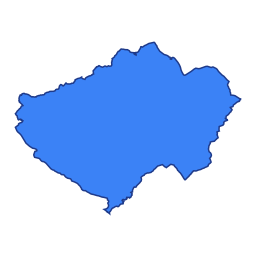 Moldovita, Suceava, Romania
{"feature_id": "2599482B16350059024550", "entity_name": "Moldovita", "entity_type": "district", "adm_level": 2, "iso_a3": "ROU", "parent_name": "Romania", "parent_adm1": "Suceava", "projection": "equal_earth", "projection_center": [25.472, 47.724], "detail": "fine", "context": "isolated", "style": "filled", "palette": "blue", "viewbox_px": 256, "rotation_deg": 0, "n_neighbors": 0, "source": "geoboundaries", "source_scale": "gbopen_adm2", "svg_char_len": 5755}
<svg xmlns="http://www.w3.org/2000/svg" viewBox="0 0 256 256"><path d="M109.6,213.7L109.4,212.4L109.6,212.0L110.3,211.4L112.0,208.6L112.5,208.1L113.3,207.9L115.3,206.6L116.9,206.2L117.9,206.7L118.5,206.5L119.6,205.4L120.0,204.6L120.7,204.1L122.9,203.8L122.8,203.2L123.2,203.3L123.3,202.4L123.2,202.0L123.9,201.5L123.9,201.2L122.7,201.1L122.1,200.6L122.4,199.9L123.1,199.4L124.2,199.7L125.3,199.8L125.9,199.4L126.3,199.4L126.6,199.2L126.9,198.6L126.4,198.3L126.8,197.3L128.4,197.5L129.0,197.3L129.7,198.0L130.1,197.5L130.8,197.2L131.5,195.6L132.1,195.0L131.8,194.4L132.1,193.7L131.5,192.8L130.9,192.4L131.2,192.1L132.5,191.9L132.6,189.7L133.3,188.7L133.5,187.9L133.8,187.5L134.3,187.0L134.6,187.2L135.7,187.1L136.2,186.9L136.4,186.7L136.5,185.9L139.9,182.6L140.4,181.8L141.2,181.0L141.5,179.2L141.0,177.4L141.3,177.0L142.6,175.9L144.2,175.2L144.4,174.6L145.2,173.9L147.6,172.9L148.4,173.0L151.0,172.4L152.0,171.5L152.7,171.2L153.1,170.8L154.0,169.4L155.0,168.8L157.6,166.1L162.4,164.6L164.8,166.8L166.1,167.3L166.3,167.6L170.8,164.3L174.0,165.1L174.5,166.2L176.8,168.5L177.7,170.4L178.6,171.1L179.2,172.0L180.2,172.8L181.5,174.6L184.2,179.0L185.0,179.8L185.5,179.6L187.5,177.5L189.0,176.2L189.4,175.3L190.7,174.4L190.6,174.2L191.3,173.3L191.9,172.9L192.2,172.1L192.8,171.8L193.0,171.3L193.7,171.0L193.7,170.9L194.4,170.9L194.6,170.8L195.6,171.0L196.7,170.8L198.2,170.1L200.7,169.5L202.4,168.6L204.2,168.0L205.1,167.4L207.0,166.7L208.2,165.9L208.2,165.1L208.6,164.7L208.9,164.1L210.3,163.1L211.1,162.1L210.4,159.9L209.6,158.3L210.6,157.4L210.9,156.4L211.3,156.0L211.4,155.1L211.1,154.0L210.6,153.0L209.1,151.7L208.4,148.9L208.6,148.5L208.9,145.9L210.3,143.2L210.2,143.0L210.4,142.7L210.3,142.1L211.3,141.7L214.4,141.2L216.0,139.5L216.5,139.2L216.9,138.5L217.7,138.2L218.1,137.7L217.3,135.2L217.0,134.9L217.2,134.7L217.4,133.7L217.0,132.3L217.2,132.1L217.1,131.9L219.3,131.0L219.1,130.6L219.0,129.2L219.2,126.5L223.0,125.2L223.2,124.6L223.7,124.3L223.9,123.0L223.7,122.4L224.7,121.3L227.4,120.3L227.3,119.6L226.1,119.3L226.0,118.8L225.8,118.6L226.1,118.6L226.0,117.6L226.2,116.1L228.3,114.6L230.1,112.3L231.0,111.7L231.2,110.8L232.0,110.0L232.0,109.4L231.4,108.9L231.2,108.5L230.6,108.0L230.3,107.4L231.1,107.1L232.7,106.7L233.0,106.5L233.4,105.0L235.6,103.4L236.5,102.5L238.2,101.5L238.7,101.6L239.2,101.3L239.4,101.2L239.3,100.8L239.5,100.4L240.5,99.7L240.6,98.9L239.7,98.7L235.2,95.8L233.9,95.4L230.7,95.0L230.5,92.7L229.9,91.4L230.0,90.0L228.8,88.2L228.4,86.8L228.0,86.3L227.6,85.2L227.6,84.2L229.0,81.5L227.1,79.9L223.9,76.3L222.1,75.1L219.0,72.0L217.9,70.6L217.2,69.4L216.0,68.4L213.1,67.0L212.6,67.0L211.2,67.5L207.4,66.3L205.9,66.4L200.0,68.5L198.5,68.7L195.8,68.2L194.1,69.1L191.2,71.4L185.5,75.0L184.5,75.2L183.9,75.0L183.4,74.6L181.8,71.8L181.0,69.8L180.4,67.2L179.4,64.9L177.9,62.4L174.8,58.5L173.8,57.7L172.9,57.4L171.5,57.9L171.8,58.9L171.6,59.2L171.0,59.3L170.3,59.1L170.3,57.9L170.0,57.2L169.1,57.1L168.9,56.9L168.7,56.4L166.8,55.3L164.1,54.5L159.8,51.3L157.5,47.8L156.9,46.6L157.0,46.3L156.7,45.6L155.7,44.5L155.1,43.2L154.1,42.3L148.8,43.5L146.3,44.9L144.6,45.6L142.5,47.1L141.3,46.7L140.7,46.9L140.5,48.1L139.0,50.5L138.6,51.5L137.3,52.4L135.6,52.5L135.0,52.7L135.9,53.9L136.2,54.9L136.1,55.1L135.5,54.6L134.8,54.5L134.0,53.8L133.9,52.7L131.7,52.5L130.4,52.2L129.9,51.8L129.4,50.8L127.5,49.7L125.0,49.6L123.4,49.2L122.4,49.2L121.2,49.0L120.6,49.4L119.3,51.0L118.2,51.4L117.1,53.0L116.4,54.5L114.7,55.9L114.5,56.9L112.1,58.7L112.5,59.2L112.0,60.6L112.0,61.6L111.6,62.1L111.8,64.9L111.4,65.8L109.9,66.3L108.5,65.8L106.9,66.7L105.0,66.0L102.6,67.2L100.6,66.6L99.2,65.7L98.8,65.7L98.3,66.3L96.5,66.8L96.5,67.4L95.4,68.0L95.3,68.4L93.1,70.9L93.4,72.4L93.3,73.3L93.6,73.9L91.9,74.7L91.9,75.1L90.3,75.8L89.3,75.9L86.9,77.1L85.7,77.9L84.9,79.4L82.5,78.6L81.6,77.7L81.6,77.1L79.8,78.1L77.8,78.5L75.1,79.8L75.1,80.8L74.5,81.3L74.3,81.9L73.8,82.3L73.6,82.9L73.2,83.2L71.5,83.3L71.1,83.7L69.5,84.0L67.0,83.9L66.0,83.0L63.7,85.6L63.2,85.9L62.6,85.7L62.1,85.1L61.1,84.6L60.6,84.6L59.5,85.9L58.8,88.7L58.3,89.1L56.5,89.3L55.7,89.7L55.0,90.8L53.5,91.3L49.9,91.4L48.2,92.3L47.1,92.3L44.9,93.4L44.7,94.1L44.2,94.6L43.7,94.8L42.9,94.8L41.2,95.1L40.5,95.0L39.3,95.6L38.8,95.5L36.7,96.2L36.2,96.9L35.4,96.8L35.0,97.1L32.6,96.7L32.2,96.9L31.5,96.8L28.4,94.6L27.4,94.4L26.9,94.1L25.0,93.9L24.3,93.4L23.6,93.4L22.1,93.8L21.5,95.2L20.3,94.9L19.3,97.0L19.0,98.6L19.2,99.7L18.9,100.4L19.5,101.4L19.2,101.5L19.2,101.8L22.3,104.7L22.9,105.6L21.5,106.1L20.8,107.3L20.5,108.1L19.4,108.8L18.6,109.9L17.4,110.9L16.2,112.8L15.4,113.7L16.2,115.1L17.1,115.8L17.4,117.5L17.7,118.0L18.0,119.3L18.5,119.9L19.8,119.3L20.6,119.2L21.5,119.6L21.0,120.1L22.0,120.7L22.8,120.8L22.4,121.7L21.5,122.5L19.6,123.1L18.8,123.7L18.6,123.8L18.6,124.6L18.5,124.9L15.4,127.3L16.8,130.6L17.6,131.8L20.0,133.9L21.3,135.4L26.0,143.2L29.6,146.3L32.6,148.2L34.7,148.6L36.4,149.4L36.9,150.1L36.8,150.8L34.9,151.4L33.8,154.5L33.9,155.6L34.6,157.3L38.8,158.3L39.7,158.8L40.6,160.1L41.6,161.1L42.4,161.5L43.4,161.6L44.5,162.1L46.1,163.3L51.0,168.9L52.7,169.9L54.0,170.2L54.7,171.0L56.9,172.1L57.2,172.4L58.2,172.9L60.1,173.2L61.3,174.5L62.2,174.7L63.2,174.6L63.7,174.8L64.5,175.4L65.0,176.3L65.8,177.1L67.6,178.2L70.5,178.8L71.2,179.6L71.5,180.3L71.5,180.7L71.8,181.0L74.4,181.9L77.4,183.4L78.1,184.1L78.6,184.8L79.8,185.8L81.5,188.5L81.6,189.2L83.0,190.4L84.4,190.7L85.4,190.6L86.9,191.7L89.7,193.1L90.4,193.7L92.2,194.3L93.1,194.4L97.1,195.6L98.5,195.8L101.8,197.0L104.1,197.4L107.2,198.2L107.5,199.0L107.4,199.8L108.5,200.7L108.7,201.4L108.5,202.2L107.9,202.8L107.8,203.2L108.6,205.1L108.5,206.0L108.3,206.9L107.2,208.3L105.9,209.0L104.1,209.4L105.6,210.4L106.7,211.4L106.7,211.6L107.4,211.7L107.4,212.1L107.7,212.4L108.1,212.4L109.6,213.7Z" fill="#3b82f6" stroke="#1e3a8a" stroke-width="1.5"/></svg>